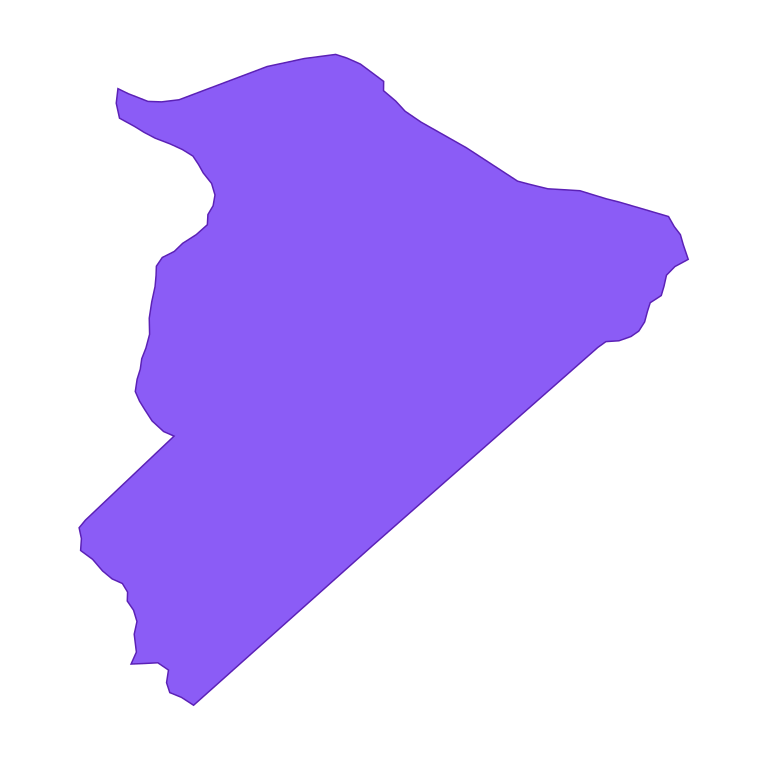 Aguiarnópolis, Tocantins, Brazil (Natural Earth projection), rotated 272°
{"feature_id": "56859067B74205532549606", "entity_name": "Aguiarnópolis", "entity_type": "district", "adm_level": 2, "iso_a3": "BRA", "parent_name": "Brazil", "parent_adm1": "Tocantins", "projection": "natural_earth1", "projection_center": [-47.503, -6.502], "detail": "fine", "context": "isolated", "style": "filled", "palette": "violet", "viewbox_px": 768, "rotation_deg": 272, "n_neighbors": 0, "source": "geoboundaries", "source_scale": "gbopen_adm2", "svg_char_len": 1394}
<svg xmlns="http://www.w3.org/2000/svg" viewBox="0 0 768 768"><g transform="rotate(272 384 384)"><path d="M669.9,107.8L655.3,106.6L640.4,110.4L632.7,125.7L627.1,135.5L621.6,146.9L616.5,161.8L611.3,174.3L605.1,185.1L596.7,191.1L588.6,196.0L578.4,204.7L567.0,208.5L556.2,207.0L547.2,202.1L537.0,201.9L526.7,191.1L517.6,177.9L509.2,169.8L502.7,158.0L493.8,152.4L484.4,152.4L473.4,151.8L457.9,149.0L441.6,147.1L425.5,148.0L411.6,144.8L400.8,141.0L390.3,139.9L380.1,137.1L367.8,135.7L358.3,140.3L349.9,145.9L339.0,153.5L328.8,165.4L324.6,176.0L237.6,90.4L229.7,84.3L218.9,87.0L207.0,86.6L198.6,98.9L187.3,109.3L179.7,119.1L175.5,129.5L167.1,135.0L158.1,135.0L149.2,141.6L138.0,145.4L125.2,143.1L107.4,145.9L95.3,141.0L96.3,154.1L97.5,167.7L90.6,178.6L77.9,177.1L68.1,180.7L63.8,192.4L56.3,204.9L156.7,309.8L222.1,378.2L428.0,596.4L434.1,604.3L435.4,617.3L440.1,629.2L445.8,636.8L455.1,642.3L465.6,644.7L474.5,647.2L482.1,658.0L491.4,660.4L502.6,662.5L511.5,670.6L519.2,683.7L533.7,678.2L543.6,675.0L551.4,668.6L561.3,662.5L565.5,646.1L574.0,612.8L576.9,599.4L580.6,585.6L584.0,573.1L584.4,558.4L584.8,541.0L586.8,531.3L589.0,520.9L591.4,510.4L622.9,458.2L647.0,411.9L657.3,395.6L667.2,385.8L677.1,373.3L686.4,373.1L702.9,349.3L708.4,335.7L711.7,324.2L706.5,293.0L697.2,256.1L660.9,169.2L658.2,151.8L658.2,138.2L665.2,118.3L669.9,107.8Z" fill="#8b5cf6" stroke="#5b21b6" stroke-width="1.5"/></g></svg>